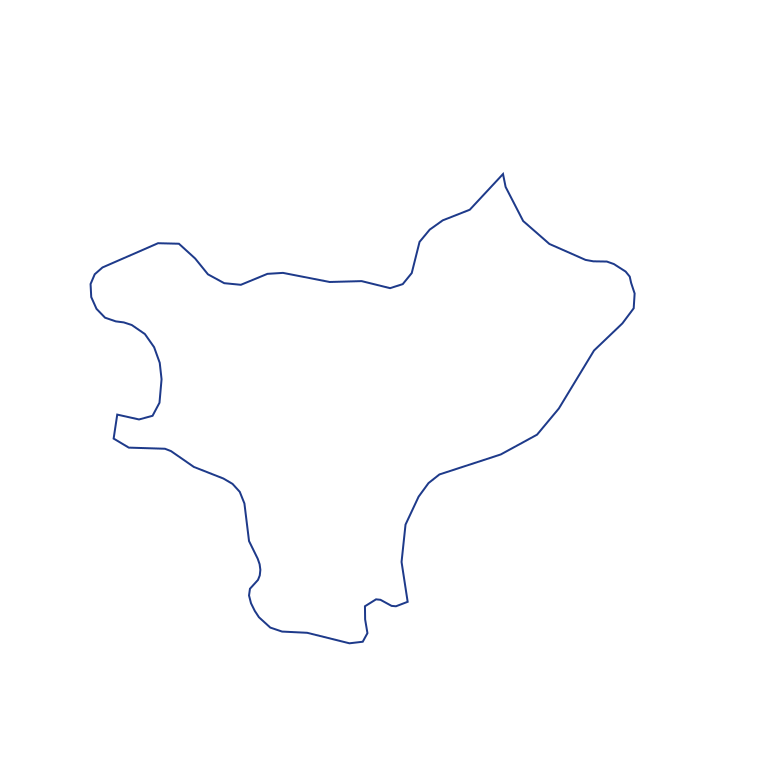 SVG path tracing the border of Vibo Valentia, rotated 155°
{"feature_id": "ITA-5394", "entity_name": "Vibo Valentia", "entity_type": "Province", "adm_level": 1, "iso_a3": "ITA", "parent_name": "Italy", "parent_adm1": "", "projection": "orthographic", "projection_center": [16.203, 38.629], "detail": "fine", "context": "isolated", "style": "outline", "palette": "blue", "viewbox_px": 768, "rotation_deg": 155, "n_neighbors": 0, "source": "natural_earth", "source_scale": "10m", "svg_char_len": 1258}
<svg xmlns="http://www.w3.org/2000/svg" viewBox="0 0 768 768"><g transform="rotate(155 384 384)"><path d="M187.4,524.0L190.5,511.2L189.0,472.9L174.9,441.0L148.9,411.3L142.4,406.7L130.3,400.8L125.0,395.6L117.5,383.8L115.9,377.5L117.3,371.2L118.6,360.1L125.7,347.1L142.3,338.2L179.5,325.6L235.9,287.9L266.7,273.4L307.9,270.8L372.0,278.6L385.5,275.4L400.2,267.3L423.9,247.5L443.3,215.3L454.6,176.6L467.1,177.5L470.9,179.7L478.4,189.9L482.2,192.2L495.2,190.6L500.6,178.6L504.3,165.2L512.2,159.4L524.9,163.6L558.8,191.0L581.0,202.7L590.0,211.3L595.9,225.4L597.0,232.9L597.2,241.5L595.7,249.4L592.0,255.1L581.0,259.7L577.5,263.0L574.6,267.8L572.9,273.2L572.3,279.0L572.7,298.7L561.0,334.7L560.3,347.2L563.5,357.5L569.5,366.2L591.4,389.2L605.4,413.2L609.9,417.9L642.2,434.2L652.1,448.8L638.7,469.0L621.0,455.4L607.2,453.0L595.4,461.9L583.6,482.3L578.3,498.0L576.8,514.5L579.6,530.3L587.7,544.1L593.8,549.8L600.6,554.1L608.8,562.0L612.8,573.6L612.6,586.5L607.7,598.6L599.8,605.7L589.9,608.6L529.3,607.1L510.6,597.8L502.1,577.5L497.2,557.8L486.2,542.9L471.8,534.4L443.1,533.1L428.6,527.4L390.1,499.4L360.8,486.7L338.0,468.3L324.8,466.6L312.0,472.8L291.7,497.8L277.3,504.6L261.6,507.5L232.6,505.7L187.4,524.0Z" fill="none" stroke="#1e3a8a" stroke-width="2"/></g></svg>